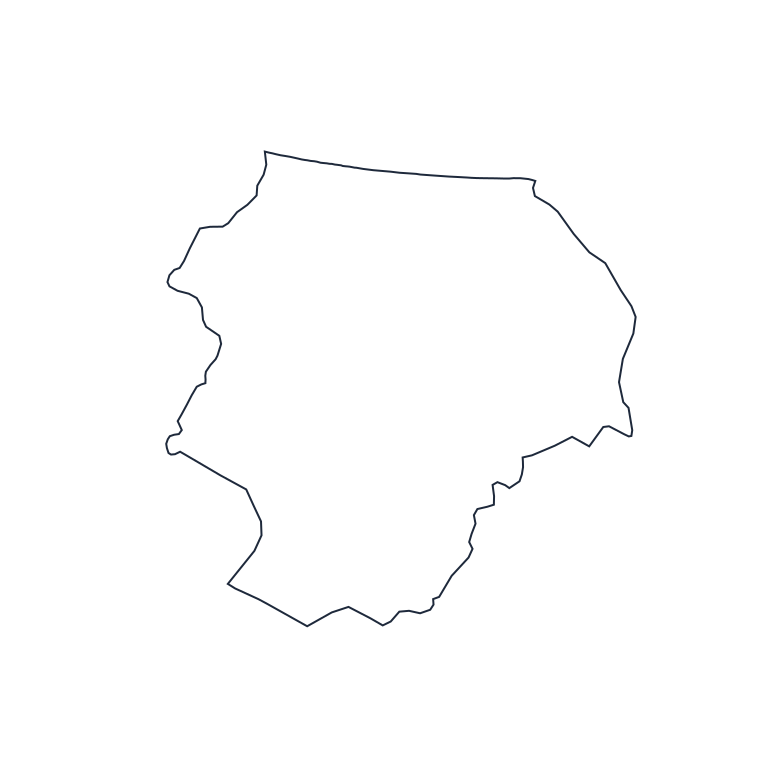 Salinas, Canelones, Uruguay, rotated 210°
{"feature_id": "84410073B77165260459869", "entity_name": "Salinas", "entity_type": "district", "adm_level": 2, "iso_a3": "URY", "parent_name": "Uruguay", "parent_adm1": "Canelones", "projection": "robinson", "projection_center": [-55.842, -34.745], "detail": "fine", "context": "isolated", "style": "outline", "palette": "slate", "viewbox_px": 768, "rotation_deg": 210, "n_neighbors": 0, "source": "geoboundaries", "source_scale": "gbopen_adm2", "svg_char_len": 2254}
<svg xmlns="http://www.w3.org/2000/svg" viewBox="0 0 768 768"><g transform="rotate(210 384 384)"><path d="M354.5,635.5L357.9,634.7L361.4,633.7L368.8,630.4L374.8,627.0L378.5,624.4L382.9,621.9L389.7,618.2L400.2,612.3L406.5,608.8L411.3,606.3L415.2,604.4L423.7,600.1L431.7,596.0L444.2,589.9L457.2,583.6L461.1,582.1L470.1,577.7L476.2,574.7L484.4,571.2L500.2,563.8L509.7,559.8L516.0,557.5L517.8,556.6L519.6,556.0L522.5,555.0L524.1,554.3L526.0,553.4L528.7,552.2L530.6,551.9L532.7,551.0L534.2,550.4L536.2,549.5L539.1,548.6L541.4,547.4L543.9,546.5L546.9,545.1L549.6,543.9L553.2,543.0L555.9,542.0L559.1,540.5L562.3,539.4L564.4,538.5L567.6,537.3L571.3,536.2L574.8,535.1L578.9,533.8L583.5,532.1L587.9,530.4L592.7,528.9L595.9,528.0L599.2,526.9L603.4,525.7L595.6,515.1L592.9,505.1L592.9,492.4L588.6,483.6L591.9,470.9L597.2,459.3L599.3,445.4L602.4,439.6L613.2,433.2L621.2,426.6L620.0,404.4L618.7,390.5L619.0,382.3L622.7,378.0L624.2,370.9L622.5,364.0L618.6,361.3L609.4,361.5L598.2,364.6L589.1,364.8L580.0,359.3L572.8,349.0L566.7,344.6L550.7,343.4L545.1,337.3L542.4,325.3L542.2,321.3L543.8,313.7L544.4,305.6L542.9,301.8L540.8,298.7L539.1,295.4L542.0,292.3L544.8,288.0L544.9,278.1L544.4,267.7L544.1,256.1L544.1,248.7L540.0,245.8L536.1,243.0L536.6,238.1L540.4,235.1L543.4,231.7L543.6,228.0L542.7,223.3L540.0,220.0L536.1,216.5L533.2,216.4L529.9,218.7L526.7,223.4L521.1,223.4L480.0,223.1L450.6,223.8L436.0,213.4L421.8,203.5L414.4,191.7L412.8,174.7L419.3,132.8L410.7,132.5L385.1,134.9L374.7,135.2L329.4,135.8L315.0,160.1L303.3,173.2L278.5,174.3L264.4,174.3L259.4,181.7L256.9,194.5L248.9,200.1L238.1,203.5L231.1,211.6L230.8,217.7L233.9,222.3L229.8,227.2L229.5,251.7L224.0,276.0L224.9,285.5L231.2,289.7L233.2,298.0L234.9,308.8L240.6,315.4L240.6,322.4L233.1,329.4L228.5,334.4L232.6,341.9L239.5,350.9L236.7,355.7L228.5,357.0L223.4,356.5L221.1,361.2L218.0,367.5L219.4,374.6L222.0,381.5L225.0,386.4L227.2,389.7L220.2,396.2L205.2,416.0L194.7,432.3L175.1,432.6L172.6,456.4L168.0,459.9L150.7,460.6L145.8,461.0L143.8,462.7L145.9,468.1L160.3,485.6L167.7,487.9L181.4,503.1L189.7,525.2L193.3,552.4L199.6,567.9L208.6,575.1L226.0,583.7L252.8,599.3L272.0,600.7L294.7,608.8L319.7,620.1L330.5,622.1L347.3,622.2L353.0,628.3L354.5,635.5Z" fill="none" stroke="#1e293b" stroke-width="2"/></g></svg>